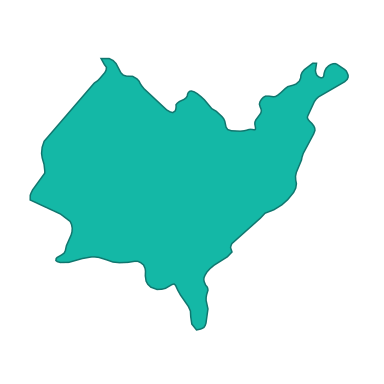 SVG path tracing the border of Azuay, rotated 357°
{"feature_id": "ECU-1266", "entity_name": "Azuay", "entity_type": "Province", "adm_level": 1, "iso_a3": "ECU", "parent_name": "Ecuador", "parent_adm1": "", "projection": "mercator", "projection_center": [-79.036, -3.067], "detail": "fine", "context": "isolated", "style": "filled", "palette": "teal", "viewbox_px": 384, "rotation_deg": 357, "n_neighbors": 0, "source": "natural_earth", "source_scale": "10m", "svg_char_len": 2711}
<svg xmlns="http://www.w3.org/2000/svg" viewBox="0 0 384 384"><g transform="rotate(357 192 192)"><path d="M108.2,54.0L116.3,54.4L120.1,56.6L122.9,59.8L127.2,69.2L129.5,71.7L132.7,72.9L138.8,73.4L142.9,76.1L144.9,78.5L146.0,81.1L147.5,83.6L149.5,86.4L171.0,108.7L174.4,110.9L177.0,111.7L179.5,110.1L180.2,108.3L180.6,106.1L180.6,104.0L182.0,102.5L184.1,101.0L188.9,99.1L191.0,97.6L192.3,95.9L192.7,94.1L193.6,92.4L195.0,91.3L196.6,91.1L199.4,92.1L202.4,94.1L206.0,97.3L209.2,100.6L216.1,109.8L220.5,112.7L225.8,118.2L227.4,120.4L228.4,122.9L229.4,129.0L230.9,131.5L234.5,132.9L243.4,133.8L247.1,133.6L249.6,133.2L252.0,132.6L253.8,132.5L255.9,132.8L257.5,133.2L258.5,132.9L258.8,131.3L258.3,127.4L258.5,125.5L259.5,123.4L264.1,117.8L265.0,116.4L265.5,114.6L265.3,112.8L264.5,110.5L263.9,107.8L264.6,105.5L266.2,103.1L268.2,101.2L270.5,100.1L273.8,100.3L278.6,101.2L280.4,101.0L282.7,99.8L285.9,97.5L290.6,93.5L293.2,91.8L298.6,90.6L301.6,89.6L305.0,86.9L306.5,83.8L306.9,81.0L308.2,78.3L310.6,75.7L319.4,69.7L323.1,70.0L321.6,77.2L321.9,79.5L322.8,82.0L324.6,83.7L326.9,84.8L328.6,84.5L329.6,83.2L330.1,80.6L331.0,78.0L332.5,75.4L335.0,73.2L337.2,72.0L339.6,71.3L341.7,71.3L343.2,71.9L350.8,77.6L352.4,79.3L353.3,81.5L354.0,83.5L353.9,85.5L352.9,87.6L350.2,89.9L323.4,103.6L321.0,105.6L318.9,108.2L311.4,122.4L311.1,124.0L311.8,125.7L313.2,127.6L315.3,129.8L317.0,132.3L317.9,134.6L318.0,136.9L316.5,140.4L305.1,159.3L303.6,163.2L303.0,165.8L297.2,177.9L296.2,181.7L296.2,185.6L296.7,189.2L295.8,193.5L293.4,197.8L287.1,204.7L281.1,209.5L272.9,214.0L263.8,217.0L258.9,221.7L229.1,245.6L228.0,247.9L227.6,249.7L228.8,254.0L223.9,258.6L210.3,266.2L206.0,269.4L202.8,272.6L200.7,275.7L199.5,278.2L199.2,280.3L199.5,282.3L200.8,285.9L202.0,287.3L202.6,288.8L202.8,290.9L201.2,295.4L200.6,298.1L200.4,301.0L201.8,309.6L199.1,323.6L198.2,325.9L196.8,327.9L195.1,328.7L193.5,329.3L189.3,330.0L184.9,323.9L184.2,316.5L184.2,310.8L182.4,306.1L175.1,294.3L172.6,289.2L170.7,284.4L169.3,282.9L167.1,283.4L160.5,286.8L156.8,287.5L152.0,287.5L145.9,284.9L143.0,281.8L141.5,278.6L141.0,273.3L141.4,268.7L141.2,266.0L139.8,262.3L137.1,259.9L134.3,258.4L131.0,258.2L124.4,258.9L115.9,258.8L109.4,257.8L103.3,255.3L95.4,252.4L91.1,251.7L87.9,251.6L79.0,252.7L65.3,255.8L56.8,255.5L53.9,254.5L52.5,253.3L52.9,251.3L53.9,250.3L58.5,248.0L61.1,246.3L62.4,244.1L63.8,239.0L69.1,228.5L70.1,225.4L70.5,221.8L70.0,218.2L68.8,215.0L59.5,207.1L30.0,191.5L30.3,186.8L31.2,184.7L32.9,181.6L45.9,165.5L46.1,163.6L45.7,156.7L44.2,150.1L43.8,145.6L44.7,139.5L47.0,133.6L99.9,78.3L101.0,77.5L102.4,76.7L103.9,75.7L105.9,73.8L111.2,68.2L112.6,65.8L113.1,63.0L111.2,60.2L108.2,54.0Z" fill="#14b8a6" stroke="#0f766e" stroke-width="1.5"/></g></svg>